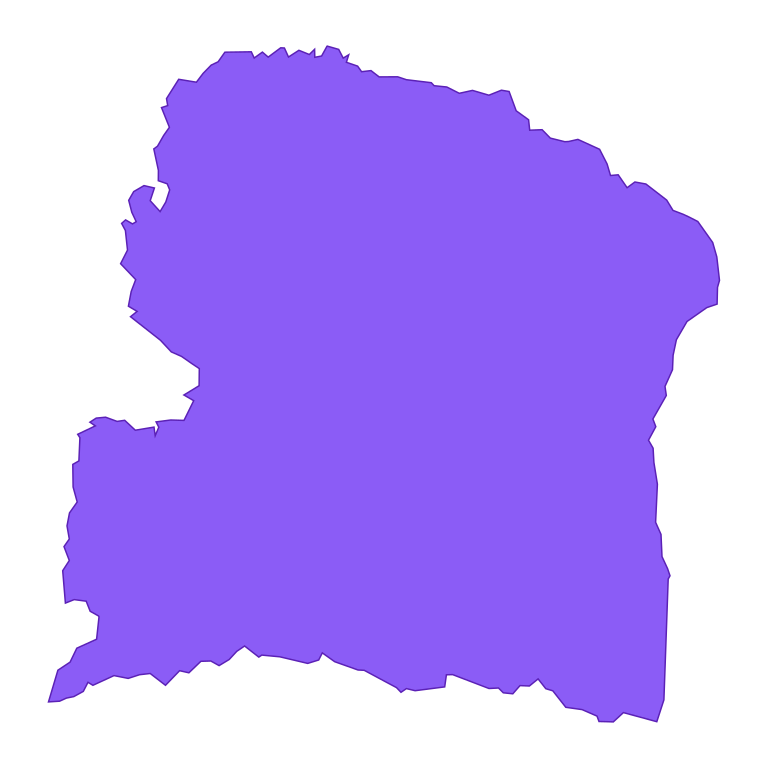 the district of San Germán, Puerto Rico
{"feature_id": "32010507B44684662227535", "entity_name": "San Germán", "entity_type": "district", "adm_level": 2, "iso_a3": "PRI", "parent_name": "Puerto Rico", "parent_adm1": "", "projection": "robinson", "projection_center": [-67.051, 18.113], "detail": "fine", "context": "isolated", "style": "filled", "palette": "violet", "viewbox_px": 768, "rotation_deg": 0, "n_neighbors": 0, "source": "geoboundaries", "source_scale": "gbopen_adm2", "svg_char_len": 2615}
<svg xmlns="http://www.w3.org/2000/svg" viewBox="0 0 768 768"><path d="M48.5,701.9L59.6,701.2L66.4,698.1L73.8,696.6L83.3,691.4L88.0,682.3L92.9,685.3L114.0,675.6L128.2,678.4L139.6,674.7L150.2,673.5L165.5,685.3L179.6,670.7L188.9,672.8L200.9,661.3L210.8,661.0L219.1,665.6L229.2,659.5L236.8,651.3L244.6,646.0L258.8,657.1L261.8,655.1L279.8,656.8L307.7,663.4L318.7,660.0L322.3,652.9L334.7,661.7L358.0,670.0L364.2,670.3L385.6,681.8L396.5,687.6L401.0,692.3L406.4,688.6L415.1,690.7L444.7,686.9L446.4,674.8L452.6,674.6L489.0,688.5L498.5,688.0L503.3,692.8L512.8,693.8L520.0,685.6L529.4,686.0L538.1,678.9L545.8,688.7L552.8,690.8L565.8,707.3L582.1,709.6L597.0,716.1L599.0,721.5L607.2,721.7L613.3,721.9L623.4,712.6L656.8,721.7L663.9,699.9L668.2,579.0L670.0,575.8L667.6,568.7L662.0,556.6L661.0,534.4L655.6,522.3L657.4,484.2L653.9,462.4L653.1,448.2L648.5,440.2L655.8,426.7L652.9,419.0L666.3,395.5L665.0,386.4L672.5,369.7L673.1,355.3L676.4,339.7L687.0,321.5L706.8,307.6L717.1,304.1L717.5,287.4L719.5,280.4L716.8,256.9L712.7,242.5L697.8,221.5L689.2,217.1L683.2,214.3L673.0,210.4L666.7,200.1L645.9,184.0L634.9,182.0L627.1,187.7L618.2,174.8L610.5,175.5L607.1,164.0L599.6,149.3L577.9,139.4L568.6,141.5L564.8,141.7L550.3,138.1L542.1,129.7L529.7,130.2L528.6,119.8L516.2,110.8L509.1,91.5L501.4,90.2L488.9,95.2L478.3,92.1L472.5,90.4L459.3,93.3L446.8,87.0L434.1,85.7L431.3,82.7L406.4,79.7L397.7,76.8L379.1,76.9L371.0,70.6L361.6,71.7L357.6,66.1L346.4,62.3L348.7,54.8L343.2,58.1L338.7,49.4L327.2,46.1L326.8,46.6L321.6,56.0L314.8,57.3L314.6,49.3L309.3,54.5L298.9,50.3L288.5,57.0L284.4,48.0L280.7,47.8L268.2,57.1L262.4,52.1L254.2,58.0L251.3,51.8L224.9,52.2L218.1,61.8L211.2,65.1L203.1,73.4L196.4,82.2L178.7,79.3L166.5,98.6L167.7,105.6L161.5,107.6L169.4,127.3L163.7,135.4L157.5,146.2L153.8,148.9L158.4,170.4L158.3,180.7L167.2,183.8L169.7,189.9L165.8,202.0L160.1,211.6L150.2,200.7L154.4,188.0L144.0,185.6L133.7,191.6L128.7,200.3L131.8,212.3L136.2,221.7L132.5,223.9L125.6,219.9L121.6,223.4L125.4,230.5L127.5,250.1L120.6,263.7L135.7,279.6L131.2,291.5L128.4,306.2L137.1,311.4L130.5,316.7L160.5,340.3L171.3,351.9L181.5,356.4L191.4,363.3L199.3,368.6L199.1,385.7L183.9,395.0L193.7,400.7L184.0,420.4L170.7,420.0L156.1,421.9L158.8,427.2L155.2,435.7L154.0,427.1L135.3,430.2L124.7,420.3L117.1,421.4L105.6,417.2L96.2,418.1L89.9,422.2L95.3,425.9L77.7,434.3L79.9,437.7L78.9,460.9L72.8,464.4L73.1,487.0L77.2,502.0L69.5,512.9L67.0,525.9L69.3,539.0L64.0,546.6L69.3,560.5L62.7,570.7L65.4,603.1L74.2,599.6L86.2,601.2L90.2,611.3L98.6,616.0L99.0,616.9L96.6,639.2L76.8,648.2L70.1,662.1L57.9,670.2L48.5,701.9Z" fill="#8b5cf6" stroke="#5b21b6" stroke-width="1.5"/></svg>